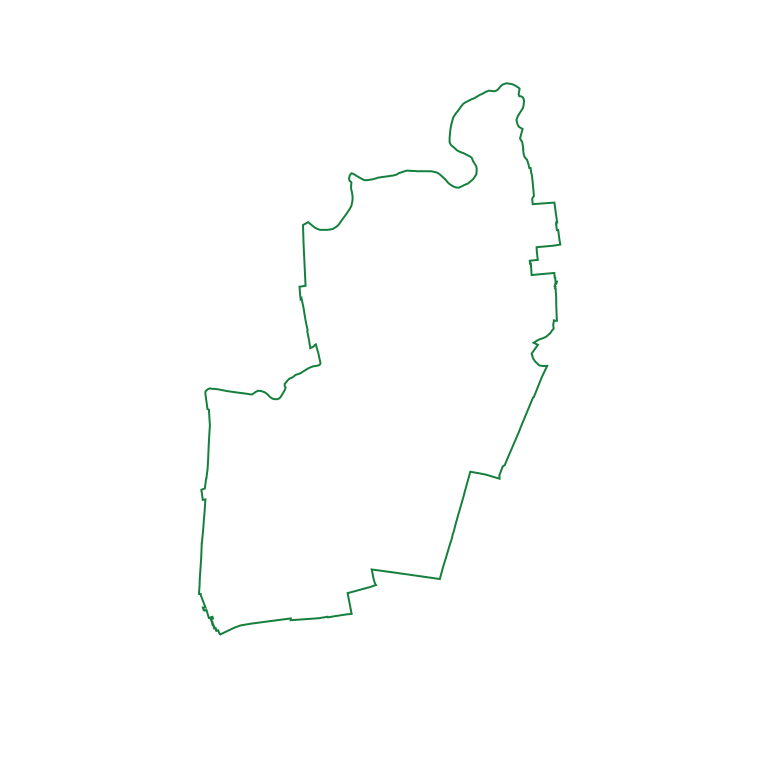 outline of Magurele, Ilfov, Romania, rotated 146°
{"feature_id": "2599482B86317878562303", "entity_name": "Magurele", "entity_type": "district", "adm_level": 2, "iso_a3": "ROU", "parent_name": "Romania", "parent_adm1": "Ilfov", "projection": "orthographic", "projection_center": [26.004, 44.349], "detail": "fine", "context": "isolated", "style": "outline", "palette": "green", "viewbox_px": 768, "rotation_deg": 146, "n_neighbors": 0, "source": "geoboundaries", "source_scale": "gbopen_adm2", "svg_char_len": 6154}
<svg xmlns="http://www.w3.org/2000/svg" viewBox="0 0 768 768"><g transform="rotate(146 384 384)"><path d="M536.8,477.6L536.2,477.5L537.4,476.1L544.4,461.8L543.5,460.6L548.5,452.2L551.3,447.3L555.0,442.5L557.4,439.4L563.6,431.2L571.1,421.0L577.6,412.4L584.2,404.9L584.4,405.0L590.9,397.6L594.6,398.4L599.0,389.3L596.6,388.2L606.4,375.6L606.6,375.5L615.5,364.2L623.9,354.0L624.0,354.1L633.2,341.5L645.7,325.5L649.1,320.7L654.8,313.4L653.4,312.4L653.9,311.8L657.0,298.5L657.4,298.8L659.2,300.0L660.0,297.3L659.8,297.1L658.7,296.5L658.8,296.1L657.6,295.8L658.3,293.4L658.7,292.3L660.0,288.0L656.4,286.9L656.9,285.2L659.2,285.7L659.7,283.4L659.2,283.2L659.8,281.5L660.3,281.6L660.8,280.2L660.1,280.0L660.5,278.0L660.9,278.1L661.5,276.2L660.1,275.8L660.7,273.4L661.0,273.5L661.1,273.1L659.3,272.6L660.0,268.5L659.5,268.3L659.5,267.9L644.5,265.7L642.4,265.2L638.6,264.2L637.3,263.8L627.7,259.4L592.4,241.8L593.5,240.4L568.9,226.2L560.9,222.6L561.0,221.9L553.7,218.6L543.8,213.9L539.4,211.5L531.1,231.0L526.0,229.2L512.0,224.5L510.3,223.8L507.1,222.9L503.9,222.1L503.0,221.8L503.0,222.0L503.1,222.7L502.8,224.6L502.3,226.1L501.4,228.8L499.8,232.5L497.9,237.1L476.9,218.3L446.8,191.1L436.7,199.8L430.4,204.8L421.6,212.1L417.0,215.8L416.8,215.8L413.7,218.4L411.9,220.1L411.4,220.8L408.9,222.5L405.2,225.8L401.0,229.5L396.0,233.7L383.9,243.8L378.5,248.4L378.5,248.5L361.5,263.0L354.8,256.5L350.2,251.9L347.2,248.2L341.2,240.9L339.7,243.2L339.5,243.7L331.6,249.3L329.2,249.2L324.4,252.5L298.8,268.9L295.0,271.6L268.1,289.4L267.2,289.3L249.7,301.2L238.6,307.8L240.1,308.7L241.6,309.6L244.3,311.9L244.7,312.5L245.0,313.2L245.3,314.0L245.4,315.3L245.8,316.6L246.0,317.6L246.1,318.1L246.1,319.1L246.1,321.3L245.7,323.2L244.6,326.7L234.5,330.4L236.9,334.5L233.8,334.4L230.6,334.2L227.2,333.2L223.4,332.5L220.6,332.8L219.0,333.0L217.9,333.1L216.9,333.5L215.1,334.3L212.5,335.0L212.1,335.5L210.9,337.9L210.1,339.1L208.6,340.5L207.6,341.8L206.6,340.6L205.9,340.2L205.3,339.8L196.4,354.2L196.1,354.5L194.4,357.2L192.5,360.0L191.3,362.1L189.9,364.6L188.6,366.7L188.3,367.3L188.3,367.5L188.6,367.7L187.4,368.8L188.0,369.5L185.7,371.5L185.2,370.8L184.7,371.1L183.4,372.2L184.6,372.9L182.6,376.4L183.0,376.7L182.7,377.3L180.7,380.8L190.1,386.0L200.7,391.8L194.9,401.7L195.7,402.1L194.5,404.1L194.2,404.7L187.1,400.9L185.6,403.9L183.3,408.2L183.2,408.4L181.0,412.1L169.8,405.9L167.2,404.5L164.3,403.0L159.8,401.0L158.2,404.8L157.0,407.3L153.5,414.2L154.6,414.9L152.1,420.1L151.9,419.9L150.8,421.8L150.5,421.7L150.0,421.2L147.9,425.6L147.8,425.9L141.3,439.1L148.6,443.3L155.9,447.5L160.1,449.9L157.9,454.2L156.8,455.2L154.5,456.1L148.3,467.4L144.4,474.8L144.2,475.8L143.6,477.3L141.7,481.1L142.7,481.8L141.1,486.1L140.0,490.1L140.3,491.4L140.5,492.5L140.3,494.6L139.9,495.9L137.5,500.8L137.1,500.8L134.2,507.1L134.0,508.6L134.2,508.9L133.9,511.5L126.5,517.9L127.7,520.4L128.4,521.9L128.2,522.9L128.3,523.5L127.8,525.4L126.6,528.8L125.5,529.6L123.7,531.0L120.9,532.3L117.2,533.9L114.5,535.1L113.2,536.3L111.9,537.6L111.0,538.8L109.6,540.3L109.0,541.6L108.6,543.8L109.5,545.9L110.9,546.9L110.3,549.1L107.9,551.5L106.5,552.9L106.7,554.3L108.6,558.5L109.9,560.6L111.2,562.0L112.9,563.5L114.2,564.8L118.1,565.9L120.7,565.7L122.7,565.0L125.0,564.4L126.9,564.4L129.0,565.1L130.4,566.2L131.3,567.1L133.1,568.6L134.9,568.9L136.0,569.3L138.1,569.4L140.4,569.6L142.9,570.1L146.5,570.3L149.2,570.4L151.4,570.9L152.9,571.3L153.9,571.3L155.7,571.6L156.8,571.6L159.0,572.0L161.9,571.9L163.6,571.3L165.1,571.0L166.3,570.4L168.0,569.8L170.3,569.0L173.0,568.2L177.4,566.3L180.7,563.6L183.9,560.7L185.8,558.7L187.3,557.1L189.0,555.0L190.5,553.2L192.1,551.2L194.2,548.1L194.6,546.8L194.9,544.8L193.5,540.0L192.9,537.1L191.3,534.1L188.7,530.4L185.4,524.4L184.8,522.4L185.0,521.2L185.6,518.7L185.6,517.3L185.8,512.8L186.8,510.6L188.0,508.9L190.1,506.3L192.5,505.2L195.4,504.0L197.7,503.7L200.0,503.5L201.0,503.4L201.7,503.2L203.6,503.5L206.2,504.1L207.9,504.2L209.3,504.4L210.9,504.8L212.1,504.9L214.1,506.4L215.1,507.5L216.1,509.1L217.6,512.4L218.1,514.2L218.5,515.9L218.5,517.5L219.2,521.2L219.9,524.1L220.6,526.8L221.6,529.3L223.6,531.6L226.0,534.1L227.8,535.2L229.1,536.2L232.5,538.4L233.9,539.5L236.8,541.3L238.2,542.4L239.4,543.4L242.6,545.7L243.4,546.5L244.6,547.2L245.6,548.1L249.1,549.2L251.0,549.7L251.8,549.9L252.6,550.2L253.7,550.5L255.5,550.5L256.8,550.7L258.3,551.2L260.3,551.9L261.7,552.7L263.3,553.4L269.8,556.6L271.6,557.4L273.2,558.3L274.6,558.6L275.8,559.0L277.2,559.5L278.5,559.9L279.6,560.3L280.8,560.9L282.4,561.7L284.9,562.9L286.5,564.3L288.2,567.4L290.1,571.3L291.8,575.2L293.2,576.9L295.7,576.1L298.0,574.0L298.5,573.1L298.8,571.7L298.7,570.8L298.5,570.4L298.3,569.7L298.3,569.4L300.9,566.1L302.3,563.9L302.9,562.0L304.0,559.5L305.4,556.8L306.0,555.7L308.1,553.1L310.5,550.8L311.6,549.8L314.1,548.5L317.8,546.9L321.8,545.4L326.3,543.8L328.7,542.9L331.9,541.6L333.0,541.3L335.2,541.0L339.6,541.1L340.6,541.5L342.6,542.4L344.8,543.5L346.5,544.6L350.2,547.1L350.8,547.6L351.5,548.4L352.9,550.5L353.7,551.9L354.9,555.4L356.0,559.4L356.3,560.6L356.5,560.6L361.3,561.0L362.2,561.1L362.3,561.0L372.6,544.7L394.1,509.3L395.0,509.7L396.8,510.6L399.0,511.5L399.6,511.9L399.8,511.4L401.7,508.4L405.7,501.0L404.4,501.3L408.7,490.8L409.6,488.9L409.8,488.6L413.0,481.6L415.1,476.6L417.2,471.4L418.2,470.5L421.9,461.7L423.4,458.6L424.5,456.0L425.1,455.0L422.5,454.5L421.0,454.5L419.9,455.0L418.3,454.9L419.4,452.0L421.2,446.3L422.5,443.1L424.8,437.3L425.3,436.5L426.0,436.1L426.7,435.9L427.2,435.9L428.6,436.3L429.7,436.7L431.5,437.6L432.5,438.1L433.5,438.4L434.8,438.8L438.3,439.4L440.7,439.4L442.5,439.5L444.6,439.6L446.8,439.6L448.1,439.8L449.4,440.1L451.3,440.8L452.9,441.0L454.3,440.7L456.7,440.7L459.3,441.3L460.8,441.1L462.3,440.8L463.7,440.3L466.3,439.6L467.5,437.9L467.5,436.1L469.8,434.4L474.0,432.4L477.3,430.9L478.9,430.7L480.0,430.8L481.0,431.1L482.5,432.1L483.9,433.3L484.8,434.6L485.8,437.2L486.1,439.3L486.6,441.3L487.6,444.0L490.1,447.2L492.4,448.9L494.9,449.2L499.1,449.1L500.1,449.7L503.4,452.8L506.9,455.9L511.1,459.6L518.1,465.9L522.8,470.6L524.4,472.3L527.1,474.6L529.3,476.2L530.9,477.8L533.3,478.2L536.8,477.6Z" fill="none" stroke="#15803d" stroke-width="2"/></g></svg>